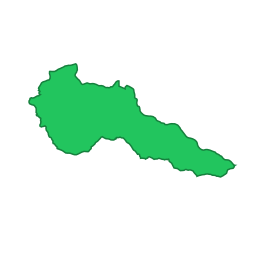 the district of Lebong, Bengkulu, Indonesia, rotated 152°
{"feature_id": "22746128B6914990948320", "entity_name": "Lebong", "entity_type": "district", "adm_level": 2, "iso_a3": "IDN", "parent_name": "Indonesia", "parent_adm1": "Bengkulu", "projection": "albers", "projection_center": [102.228, -3.053], "detail": "fine", "context": "isolated", "style": "filled", "palette": "green", "viewbox_px": 256, "rotation_deg": 152, "n_neighbors": 0, "source": "geoboundaries", "source_scale": "gbopen_adm2", "svg_char_len": 5663}
<svg xmlns="http://www.w3.org/2000/svg" viewBox="0 0 256 256"><g transform="rotate(152 128 128)"><path d="M170.7,214.7L171.8,212.9L172.3,210.4L173.5,208.4L175.1,207.5L176.7,208.0L178.9,208.1L181.4,208.6L183.2,208.4L185.4,206.9L187.8,205.6L188.4,205.0L188.2,204.0L188.9,203.4L189.4,203.1L189.1,202.7L188.6,202.2L188.7,201.4L189.5,201.3L190.2,200.7L190.3,199.7L189.7,198.6L191.2,198.6L191.6,198.3L193.1,198.9L196.8,198.8L198.1,199.2L199.2,200.1L200.6,200.1L201.3,199.1L202.6,198.4L203.3,197.2L203.5,195.7L202.0,193.7L200.4,192.3L200.0,190.9L199.8,188.9L200.3,187.5L201.9,184.7L201.6,183.7L201.7,182.7L202.8,182.6L202.8,182.1L202.6,181.4L201.8,180.7L201.4,180.3L201.5,179.5L201.3,178.9L201.2,178.5L200.5,178.0L200.6,177.2L201.0,176.7L201.8,175.4L201.9,174.4L203.3,172.7L204.4,172.0L204.8,170.8L204.0,169.6L203.1,169.5L202.0,169.1L200.4,168.9L200.3,168.3L200.0,168.1L199.8,167.2L200.7,166.0L201.2,164.3L200.9,162.8L200.8,161.9L200.9,160.9L201.1,160.3L201.4,159.5L201.7,157.4L201.5,156.7L201.1,156.5L201.0,156.4L200.9,156.3L200.4,155.4L200.6,153.2L200.3,151.9L200.6,151.4L201.3,150.0L201.3,149.3L201.2,149.2L200.4,148.6L200.2,146.3L199.5,144.7L200.2,143.2L200.1,142.8L199.7,142.6L199.4,142.6L199.1,141.9L199.0,141.7L198.8,141.4L198.3,141.1L198.1,140.7L197.1,139.6L196.3,138.4L195.3,136.4L194.7,135.2L192.9,134.0L192.0,133.6L190.7,132.7L190.0,131.8L189.5,131.4L188.9,130.6L187.7,129.5L186.3,128.7L184.9,128.5L182.8,128.4L179.7,128.4L179.3,128.2L177.8,128.0L176.1,126.9L174.3,125.8L173.2,126.0L171.9,126.7L170.8,126.9L170.2,127.2L169.2,128.7L167.6,128.7L166.5,129.0L165.2,129.3L164.5,129.6L163.6,130.4L161.1,130.6L158.0,131.7L157.5,131.8L156.1,132.5L154.6,132.3L154.4,131.5L153.9,130.9L152.7,129.1L151.9,128.5L151.2,128.1L150.0,127.2L149.6,126.8L148.8,125.7L148.5,125.4L146.4,124.2L146.0,124.1L143.7,124.1L143.9,124.7L142.1,124.9L141.7,124.3L140.4,123.8L139.4,123.8L138.3,122.3L137.0,121.5L137.0,121.4L136.8,121.2L136.6,120.7L135.9,117.8L136.0,116.9L135.4,115.2L134.9,114.8L134.9,114.5L134.2,113.4L133.8,111.1L133.6,109.1L133.6,107.4L133.4,105.9L132.5,104.4L132.1,102.4L131.9,100.3L130.8,100.0L130.4,98.7L130.8,97.9L130.8,95.5L131.0,95.3L129.8,94.8L127.6,93.3L127.0,92.2L126.1,92.5L124.8,92.2L123.9,92.8L122.7,92.6L120.7,90.0L119.7,88.1L119.3,88.1L119.2,88.0L118.1,87.6L116.6,86.9L115.3,86.9L114.8,86.7L112.6,84.4L110.9,83.3L110.8,82.8L109.4,82.5L109.2,82.4L108.6,82.1L108.4,82.1L108.1,81.6L107.1,81.6L106.8,81.5L106.7,81.4L107.2,79.1L106.0,76.5L106.1,71.1L104.0,69.4L103.5,69.2L101.8,65.8L99.6,64.8L98.3,64.3L96.9,64.4L96.1,64.1L95.9,63.7L94.7,62.5L93.1,62.0L92.5,61.6L92.2,61.2L90.8,59.7L90.5,57.1L89.5,53.3L89.7,53.0L87.2,52.6L85.5,52.1L85.3,52.2L84.5,51.9L84.2,51.8L84.0,51.7L82.3,51.0L81.0,50.8L79.4,50.1L78.0,49.0L76.8,48.3L75.8,46.8L73.1,45.1L72.6,44.1L71.9,43.5L71.1,43.2L70.4,42.3L70.0,42.0L69.2,41.3L67.5,41.3L66.9,41.3L65.9,41.3L65.1,41.5L64.6,41.5L63.3,41.6L62.1,41.9L60.6,43.5L59.5,44.3L58.1,44.1L57.0,44.1L55.3,43.5L54.2,43.1L53.0,43.5L52.0,44.4L51.2,44.8L51.3,44.9L51.2,44.9L51.5,45.1L52.1,46.3L52.4,47.8L53.0,50.3L54.1,52.3L55.3,53.2L56.6,54.0L57.3,54.5L57.7,55.1L58.3,56.6L58.7,59.1L59.7,60.3L60.1,61.4L60.7,62.4L62.0,64.0L62.3,65.6L64.7,68.3L66.2,70.1L68.2,71.8L69.3,72.4L71.7,73.0L73.0,74.1L73.7,75.2L74.4,76.6L74.4,77.3L74.7,78.1L74.6,80.2L74.0,82.1L73.9,83.8L74.6,86.0L75.1,86.7L75.8,87.8L76.5,88.6L77.9,89.9L78.0,89.9L78.9,90.7L79.5,91.2L80.2,92.3L80.7,93.8L80.9,95.3L81.4,98.4L81.6,99.1L81.5,99.5L81.8,100.5L82.0,101.3L82.1,102.1L82.1,103.0L82.0,103.5L82.3,105.1L82.5,106.2L82.8,107.3L84.7,109.7L86.1,110.5L87.4,111.3L89.3,112.0L90.4,112.2L92.0,112.6L93.8,113.8L93.8,114.4L93.9,115.0L94.0,115.2L95.3,116.2L95.5,116.4L95.7,116.5L96.2,116.8L96.5,117.4L96.7,118.0L96.9,118.5L97.6,119.3L98.5,120.3L99.0,121.1L99.1,121.4L99.2,121.6L99.2,122.0L99.2,122.8L99.2,123.9L99.5,124.4L100.0,125.2L100.2,125.7L100.2,125.8L100.9,126.6L102.4,127.8L103.5,128.4L104.3,128.9L105.4,129.7L106.1,130.2L107.2,131.1L108.0,132.2L108.2,132.6L108.4,133.1L108.7,133.9L109.0,134.8L109.3,135.6L109.3,136.2L109.3,136.6L109.3,137.8L109.0,138.3L109.0,138.2L108.8,138.6L108.6,139.4L108.5,139.8L108.4,139.9L108.3,140.1L108.2,140.5L108.2,140.8L108.2,141.0L108.1,141.5L108.3,142.0L108.6,142.3L109.2,142.8L109.2,143.2L109.2,143.6L108.7,145.7L108.0,146.8L107.6,147.3L107.5,147.6L107.3,147.6L107.2,147.7L106.9,148.3L106.8,148.6L106.6,148.9L106.6,149.2L106.7,149.3L106.9,149.8L107.1,150.2L107.5,150.6L107.6,150.8L107.7,151.3L107.7,151.8L107.7,152.1L107.2,152.7L106.8,153.5L106.6,153.8L106.3,154.7L106.1,155.4L106.0,156.1L105.7,157.2L105.5,157.8L105.4,157.9L105.3,158.3L105.2,158.7L105.0,159.0L105.0,159.3L105.0,159.8L105.3,160.6L105.8,161.5L106.3,162.3L106.6,162.8L106.8,163.1L107.3,163.8L107.5,164.2L107.8,164.6L108.0,164.8L108.5,165.3L108.7,165.6L108.9,165.9L109.0,166.0L109.6,165.9L111.2,165.4L112.1,164.3L112.2,164.0L116.3,169.1L115.7,170.3L115.1,171.5L113.9,173.8L114.0,173.9L115.1,174.4L115.3,174.4L116.0,174.4L117.1,174.2L119.6,172.8L120.6,172.6L122.2,171.7L124.1,172.5L125.1,172.2L126.0,172.5L126.9,173.3L127.5,173.5L128.7,174.2L129.2,175.0L130.2,176.7L131.6,177.9L133.9,179.0L134.7,180.1L135.6,181.4L137.4,183.2L137.9,183.5L138.3,183.8L138.6,183.9L139.7,184.4L140.8,184.8L143.0,187.0L145.0,187.3L146.0,187.4L147.1,187.6L147.8,187.9L148.4,189.0L148.5,191.9L148.7,193.3L149.3,194.7L149.5,195.6L149.9,197.1L150.2,198.8L149.9,199.6L149.0,200.5L147.0,201.6L146.4,202.4L145.5,203.0L144.4,205.5L144.1,206.3L143.8,207.4L143.7,208.4L144.1,209.2L148.6,210.1L150.0,210.6L150.9,211.2L152.4,211.6L153.1,211.8L154.6,212.3L156.3,212.1L157.4,212.2L160.6,212.4L161.9,212.6L164.6,212.3L166.3,212.4L168.5,213.5L170.4,214.7L170.7,214.7Z" fill="#22c55e" stroke="#15803d" stroke-width="1.5"/></g></svg>